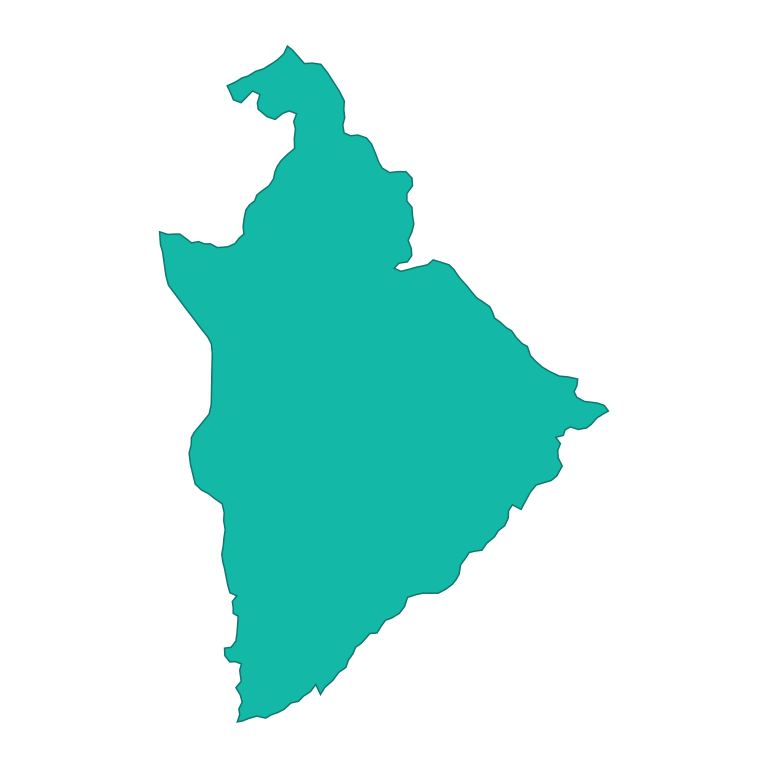 São Bernardo do Campo, São Paulo, Brazil
{"feature_id": "56859067B73038458371081", "entity_name": "São Bernardo do Campo", "entity_type": "district", "adm_level": 2, "iso_a3": "BRA", "parent_name": "Brazil", "parent_adm1": "São Paulo", "projection": "mercator", "projection_center": [-46.552, -23.804], "detail": "fine", "context": "isolated", "style": "filled", "palette": "teal", "viewbox_px": 768, "rotation_deg": 0, "n_neighbors": 0, "source": "geoboundaries", "source_scale": "gbopen_adm2", "svg_char_len": 3240}
<svg xmlns="http://www.w3.org/2000/svg" viewBox="0 0 768 768"><path d="M608.4,411.0L604.2,405.4L597.4,403.1L591.7,402.3L584.5,401.5L576.8,397.3L574.1,391.8L576.8,385.9L577.7,379.0L567.9,376.9L559.3,376.1L549.6,371.5L542.2,367.1L535.9,361.5L530.4,355.6L527.4,346.5L522.0,343.5L516.3,337.7L511.6,330.8L506.1,327.6L500.2,322.1L494.5,318.1L492.5,312.0L489.8,306.8L483.8,302.5L476.4,297.6L471.3,291.5L467.4,286.5L459.3,277.5L453.7,269.3L449.0,264.8L442.7,262.8L433.2,259.9L427.7,264.7L422.1,266.1L416.5,267.1L410.2,269.0L400.9,271.3L394.2,268.3L398.9,263.2L407.3,261.9L411.7,255.7L411.3,248.5L408.1,240.3L412.0,231.6L413.8,224.1L412.5,215.6L411.9,207.1L406.9,201.3L406.9,193.5L412.5,185.9L412.0,178.2L406.0,171.7L398.2,171.6L389.6,172.6L382.2,168.1L378.9,162.5L375.3,153.1L371.5,144.0L366.4,137.9L357.8,135.0L350.6,135.8L344.1,132.9L342.8,125.1L344.7,117.6L343.8,109.8L344.3,101.0L339.2,91.0L332.7,80.9L327.6,72.8L320.8,64.3L312.2,63.1L304.4,63.6L298.7,57.1L292.4,50.0L287.4,46.1L283.8,53.9L277.9,59.4L273.4,62.7L268.6,65.6L263.6,68.8L255.5,71.4L248.1,76.0L241.8,78.0L235.9,81.8L227.2,85.8L230.5,92.6L233.4,99.8L241.0,102.7L246.3,97.4L252.5,91.0L259.9,94.5L257.4,103.0L258.2,109.2L267.1,116.7L275.1,119.4L282.7,113.4L289.2,110.9L296.6,113.8L293.7,121.5L295.5,129.0L294.3,138.4L294.6,148.5L287.8,154.1L281.2,160.6L277.2,166.4L274.9,172.0L273.6,178.8L268.9,185.9L261.4,191.3L256.8,195.1L254.7,200.9L249.6,204.8L246.0,209.8L244.1,218.8L243.1,226.6L243.9,234.1L239.4,237.8L235.0,243.6L227.8,246.8L217.4,247.6L210.5,243.9L204.3,243.9L198.6,241.6L191.5,242.9L185.7,238.4L179.8,234.1L173.6,234.1L168.0,234.5L159.6,231.8L160.5,244.9L162.5,251.4L165.9,275.5L168.5,285.3L174.1,292.7L186.3,309.1L189.9,313.7L195.0,320.4L199.4,326.4L207.8,337.0L211.4,343.9L212.3,353.4L212.1,361.8L211.7,381.1L211.4,398.2L211.2,404.8L209.1,414.2L201.9,423.1L194.1,432.5L191.4,437.7L191.2,444.9L189.1,453.3L190.5,464.5L195.2,484.0L201.6,490.1L208.7,493.8L214.4,498.4L222.2,503.8L224.2,512.6L223.7,520.5L225.2,529.8L223.9,538.4L223.3,545.8L221.8,554.4L222.8,561.6L224.5,568.3L225.8,574.9L227.8,585.3L230.0,592.8L236.8,595.8L232.3,601.6L233.2,607.4L233.2,613.4L238.2,616.2L237.6,625.1L237.0,633.2L235.9,641.1L231.1,647.3L224.5,648.2L224.9,655.7L229.8,661.9L235.3,661.7L241.5,663.9L239.7,670.3L241.2,681.3L235.9,687.7L240.1,694.5L242.2,702.1L238.9,708.8L239.7,714.8L237.3,721.9L242.7,720.9L248.3,718.6L256.8,716.1L265.7,718.1L271.3,714.8L277.8,712.5L284.2,709.2L290.9,703.0L298.5,701.3L303.5,696.1L310.4,691.6L315.8,684.4L320.5,694.5L324.6,687.6L332.7,680.5L338.7,672.4L345.9,667.4L348.5,659.9L352.9,653.8L355.6,647.2L361.3,643.3L369.9,633.5L376.9,633.0L381.3,626.1L385.5,620.2L391.7,618.0L399.4,613.3L404.6,606.4L407.5,597.4L415.9,594.7L423.1,593.1L431.1,593.2L438.2,593.2L446.2,588.9L452.6,584.1L456.2,579.4L459.1,574.3L460.6,564.8L465.7,557.9L469.2,552.5L475.1,551.1L481.9,550.2L486.7,543.3L494.5,536.8L498.4,530.6L504.7,525.7L508.3,517.8L508.5,510.9L512.4,504.8L521.1,509.4L526.4,499.4L530.4,492.1L536.2,485.0L543.7,482.7L551.2,480.5L556.8,475.9L562.2,466.0L558.2,457.9L557.7,450.4L560.4,443.6L555.7,437.3L563.3,435.4L565.1,429.8L570.5,426.9L578.3,429.5L586.6,427.9L591.3,424.3L596.7,418.1L602.1,414.6L608.4,411.0Z" fill="#14b8a6" stroke="#0f766e" stroke-width="1.5"/></svg>